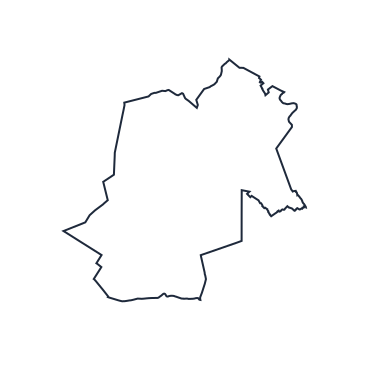 outline of San Blas Atempa, Oaxaca, Mexico, rotated 212°
{"feature_id": "50627088B2240066816782", "entity_name": "San Blas Atempa", "entity_type": "district", "adm_level": 2, "iso_a3": "MEX", "parent_name": "Mexico", "parent_adm1": "Oaxaca", "projection": "orthographic", "projection_center": [-95.19, 16.36], "detail": "fine", "context": "isolated", "style": "outline", "palette": "slate", "viewbox_px": 384, "rotation_deg": 212, "n_neighbors": 0, "source": "geoboundaries", "source_scale": "gbopen_adm2", "svg_char_len": 5068}
<svg xmlns="http://www.w3.org/2000/svg" viewBox="0 0 384 384"><g transform="rotate(212 192 192)"><path d="M280.3,90.8L235.3,90.6L235.3,80.9L234.4,80.9L229.1,80.3L229.1,77.7L229.2,66.2L228.9,66.2L226.4,65.5L222.9,64.3L214.4,61.4L207.8,59.0L207.7,58.3L206.3,58.6L197.1,61.1L195.1,61.7L193.4,62.3L191.4,63.6L190.2,64.6L188.8,65.8L187.6,66.9L186.4,67.8L184.5,69.7L181.6,72.8L179.8,73.8L178.0,74.8L176.1,76.2L174.2,77.7L172.2,79.2L169.9,80.8L167.9,82.1L166.5,83.0L165.1,83.9L164.4,84.7L163.9,86.1L163.1,88.0L162.5,90.0L162.2,90.6L161.7,91.1L161.2,91.2L160.6,91.2L159.8,90.8L159.2,90.5L158.4,90.1L157.6,90.2L157.0,90.6L156.6,91.2L156.2,91.7L155.9,92.0L155.6,92.2L154.7,93.0L154.2,93.2L153.1,93.9L152.3,94.2L151.7,94.4L150.9,94.5L150.3,94.7L149.7,94.9L149.0,95.0L148.3,95.2L147.7,95.3L146.9,95.5L146.2,95.7L145.6,95.8L144.8,96.0L144.2,96.2L143.6,96.5L143.1,96.9L142.5,97.1L142.4,97.1L140.6,98.4L139.7,99.0L138.1,99.6L135.0,101.7L133.6,102.8L132.7,103.8L132.0,104.4L130.8,105.2L129.8,105.0L128.9,104.6L128.2,104.7L127.7,104.9L128.7,106.0L129.3,107.2L130.2,111.8L132.5,120.9L134.0,125.5L136.4,128.1L137.7,129.2L138.6,130.4L149.3,141.2L150.0,141.9L151.1,143.1L127.2,172.7L124.0,176.8L137.9,199.1L150.8,219.9L143.5,222.7L144.3,219.6L142.7,219.2L139.8,218.5L139.4,220.3L133.9,220.2L131.2,220.2L128.3,218.6L127.4,219.1L125.4,218.1L124.9,217.7L124.9,217.3L122.1,216.6L121.8,216.9L121.7,217.4L119.3,217.3L119.3,217.1L117.0,216.1L116.9,215.5L113.6,214.1L113.7,213.9L112.0,213.4L109.8,218.6L109.6,218.9L109.1,220.3L109.1,220.5L109.3,220.7L109.3,220.8L108.7,222.1L108.4,221.9L108.1,221.8L108.0,221.6L107.9,221.6L107.7,221.6L107.3,221.8L107.1,222.1L106.8,222.6L106.7,222.7L106.7,222.8L106.7,223.1L106.6,223.4L106.6,223.5L106.6,223.8L106.6,224.0L106.5,224.3L106.4,224.6L106.2,225.0L105.8,225.3L105.7,225.3L105.4,225.3L105.1,225.4L104.7,225.6L104.3,226.0L104.3,226.7L104.3,226.9L104.2,227.6L104.1,228.0L103.8,229.5L103.6,230.5L102.5,230.3L102.1,230.3L101.8,230.3L101.7,230.2L101.4,230.2L101.1,230.4L100.9,230.4L100.8,230.5L100.6,230.5L100.2,230.6L99.8,230.7L99.6,230.8L99.2,230.8L98.4,231.0L98.2,231.0L98.0,230.9L97.9,230.9L97.3,230.8L97.0,230.7L96.4,230.6L95.7,230.5L95.5,230.4L95.1,230.4L94.8,230.7L94.8,231.1L94.9,231.3L94.8,231.6L94.8,231.8L94.7,231.8L94.6,232.3L94.4,232.4L94.4,232.6L94.4,232.8L94.4,233.1L94.3,233.5L94.3,233.9L94.2,234.1L93.8,234.1L93.4,234.1L92.7,234.1L92.1,234.1L91.9,234.1L91.7,234.1L91.6,234.3L91.2,234.7L91.0,234.8L90.9,234.8L90.8,235.0L90.7,235.2L90.7,235.4L90.6,235.5L90.4,236.0L90.2,236.2L89.8,236.3L89.9,236.5L90.0,236.6L90.0,236.8L89.9,236.8L89.6,237.2L89.5,237.4L89.1,237.8L89.4,238.3L89.5,238.6L89.4,238.6L89.3,238.9L89.1,239.0L88.6,239.7L88.1,239.3L87.9,239.1L87.6,239.0L87.6,238.9L87.5,239.1L87.2,239.2L87.3,239.3L87.5,239.6L88.0,239.9L88.2,240.0L88.5,240.1L89.3,240.6L90.9,241.3L91.0,241.3L91.6,241.4L91.7,241.5L91.9,241.6L92.1,241.6L92.3,241.7L92.5,241.8L92.8,242.0L93.0,242.1L93.3,242.3L93.4,242.5L93.5,242.5L93.8,242.8L94.1,243.0L94.4,243.2L94.7,243.4L94.8,243.5L95.0,243.6L95.4,243.8L95.8,244.0L96.2,244.1L96.5,244.1L97.0,244.3L97.5,244.5L97.9,244.7L98.3,244.8L98.6,245.0L98.8,245.0L99.2,245.1L99.4,245.2L100.1,245.4L100.8,245.6L100.9,245.3L101.0,245.1L101.5,245.7L102.5,246.8L103.2,247.0L103.3,247.2L103.5,247.3L103.8,247.5L104.1,247.3L104.3,247.5L104.7,247.9L106.1,246.7L106.4,246.5L106.6,246.3L106.7,246.0L106.8,245.8L109.3,246.8L143.6,273.5L141.7,300.1L142.9,301.9L146.4,302.8L147.1,303.1L148.0,304.0L148.7,304.7L149.2,305.9L149.3,307.7L149.0,308.9L149.0,309.7L148.8,312.1L147.9,315.5L147.5,316.7L147.5,317.5L147.6,318.8L148.1,319.6L148.5,320.2L149.0,320.5L149.3,321.1L149.8,321.6L150.3,321.7L150.9,321.7L151.9,321.5L152.9,321.2L153.6,320.6L154.1,320.3L155.2,319.2L155.9,318.5L156.8,317.7L157.7,317.0L158.8,316.6L160.1,316.3L161.5,315.7L162.2,315.7L163.6,316.0L164.7,316.5L166.1,316.9L166.9,317.4L167.5,318.0L167.8,318.8L168.0,320.2L168.1,320.7L168.1,321.6L167.6,322.8L167.7,323.4L167.3,324.2L166.8,325.0L166.7,325.6L168.3,325.4L170.4,325.1L179.9,324.4L181.9,319.1L179.7,317.1L181.0,313.0L182.2,314.2L185.3,315.6L187.2,316.7L187.1,316.9L189.7,318.3L190.2,318.6L189.1,322.1L190.2,322.4L190.9,322.6L191.2,322.0L191.4,322.0L192.0,321.0L192.7,321.1L193.0,323.8L195.6,324.2L196.0,325.7L214.2,324.5L217.6,322.5L230.5,324.1L230.3,323.8L230.7,322.3L230.9,321.8L231.3,320.6L231.6,318.9L232.1,318.1L233.0,314.5L233.0,314.0L233.0,313.7L232.9,313.3L231.8,311.8L230.8,310.3L229.8,307.4L229.5,306.2L229.7,304.5L230.3,302.0L230.0,301.0L229.7,299.7L229.5,299.1L229.4,298.4L229.7,297.3L229.9,296.1L230.2,295.0L231.0,293.5L232.2,291.5L232.6,290.3L232.7,290.2L236.3,285.8L237.2,272.4L233.2,268.9L232.5,265.9L243.1,267.5L246.7,267.7L247.7,268.0L248.6,268.6L251.6,270.6L252.9,270.5L254.9,266.8L256.0,266.3L257.9,266.0L258.5,266.1L265.8,266.2L266.8,265.3L268.0,263.5L271.0,262.0L275.2,256.9L276.4,256.2L278.6,253.5L279.5,250.0L296.8,231.9L295.3,230.0L293.4,225.0L291.8,220.6L278.3,184.4L276.7,181.7L267.4,165.3L272.7,153.6L259.1,140.4L260.7,135.3L260.8,134.6L264.5,125.1L266.5,118.1L266.4,109.7L280.3,90.8Z" fill="none" stroke="#1e293b" stroke-width="2"/></g></svg>